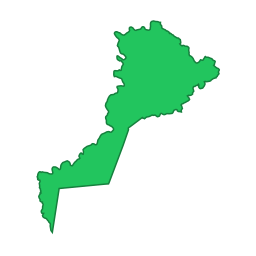 Uruaçu, Goiás, Brazil (Mercator projection), rotated 183°
{"feature_id": "56859067B5799909421600", "entity_name": "Uruaçu", "entity_type": "district", "adm_level": 2, "iso_a3": "BRA", "parent_name": "Brazil", "parent_adm1": "Goiás", "projection": "mercator", "projection_center": [-49.066, -14.326], "detail": "fine", "context": "isolated", "style": "filled", "palette": "green", "viewbox_px": 256, "rotation_deg": 183, "n_neighbors": 0, "source": "geoboundaries", "source_scale": "gbopen_adm2", "svg_char_len": 5891}
<svg xmlns="http://www.w3.org/2000/svg" viewBox="0 0 256 256"><g transform="rotate(183 128 128)"><path d="M198.1,19.8L193.6,64.0L148.4,70.7L144.5,71.2L143.6,73.8L132.0,110.4L127.4,126.3L127.7,127.2L127.6,128.1L126.9,128.8L126.1,129.3L114.3,139.2L113.6,138.5L112.9,138.6L112.1,138.1L111.4,138.6L110.8,139.3L110.0,139.9L107.6,140.5L106.0,141.3L105.3,141.8L104.5,142.2L103.6,141.9L102.5,142.2L101.3,142.2L100.4,141.5L99.3,140.8L98.4,141.0L97.2,141.6L96.4,143.8L95.8,144.3L95.0,144.2L94.3,143.7L93.4,143.4L92.7,143.2L91.6,143.5L90.0,144.4L87.5,144.4L84.7,144.9L83.9,145.8L83.6,146.7L82.9,148.2L81.1,149.0L80.1,148.8L79.6,147.7L78.6,147.1L77.4,147.1L75.5,146.8L75.8,148.5L75.5,149.1L74.7,150.3L75.2,151.6L75.5,152.7L76.2,153.7L75.8,154.4L75.1,155.0L74.3,155.2L73.3,156.0L72.2,156.5L70.2,157.8L69.5,158.1L68.9,158.7L68.3,159.2L68.0,159.9L68.8,161.1L69.0,161.9L69.9,162.3L70.4,163.2L69.2,163.9L68.5,163.8L67.1,163.9L66.1,164.5L65.3,165.2L65.3,166.7L64.3,168.0L64.5,169.2L65.1,170.5L65.1,171.7L64.7,172.8L63.3,173.0L62.6,173.8L61.1,174.3L60.6,174.8L59.9,175.4L59.5,174.4L59.8,173.6L59.5,172.8L59.2,172.1L58.4,171.3L57.6,171.1L55.5,171.8L54.0,174.1L53.4,175.9L53.6,176.8L54.2,178.3L53.4,178.6L52.5,178.3L51.1,178.5L48.9,179.0L47.9,179.5L47.4,180.3L45.4,181.8L43.6,182.5L42.7,182.7L42.6,183.4L41.7,184.1L41.3,185.1L40.0,186.9L40.2,187.6L40.7,188.5L40.5,189.3L40.1,190.0L39.9,190.9L40.4,191.6L41.2,192.2L42.3,192.5L43.7,193.4L45.7,195.0L45.1,195.8L44.8,197.6L44.4,198.8L44.9,199.6L46.0,199.9L46.7,200.3L47.9,201.6L49.4,202.0L51.6,202.8L53.7,202.8L54.5,203.4L55.1,202.8L55.5,201.6L56.2,200.8L56.4,200.0L57.2,199.5L59.1,199.9L60.1,198.2L60.6,197.6L61.4,197.0L62.4,196.5L63.2,196.5L64.3,197.3L65.4,198.4L66.5,200.6L67.5,201.9L68.4,202.6L69.3,203.2L70.3,203.5L70.7,204.2L71.0,205.7L70.9,206.6L71.2,207.6L71.5,209.2L71.3,210.8L71.5,211.5L72.0,212.0L73.2,212.7L75.3,212.7L76.5,213.3L77.4,213.4L78.3,212.8L79.6,213.6L80.2,214.1L80.7,214.8L79.9,215.4L79.8,216.3L80.4,219.0L81.7,219.8L82.2,220.4L84.0,220.6L85.3,221.4L86.1,221.7L86.7,222.1L87.9,223.3L88.9,223.5L89.5,224.1L90.7,224.9L91.5,224.6L92.0,225.8L93.7,226.9L94.5,226.9L96.1,228.1L97.4,228.5L98.9,229.3L99.5,229.9L99.6,231.1L99.8,231.9L101.1,233.3L101.1,235.2L102.0,235.1L103.3,235.6L104.2,235.8L106.2,235.8L107.0,236.0L108.2,236.2L109.8,235.7L110.8,234.7L111.0,233.5L111.0,232.7L110.8,230.7L111.0,229.0L111.0,227.7L111.7,227.1L112.9,226.7L114.0,227.0L115.0,227.1L115.8,227.5L116.4,228.1L116.8,229.2L117.6,229.8L118.4,229.9L119.1,229.7L119.6,229.1L120.6,227.4L124.4,226.4L125.0,225.9L126.1,226.0L127.2,226.8L128.5,228.3L130.1,229.0L131.2,228.8L131.9,227.9L131.8,226.4L131.5,225.5L131.9,224.5L132.9,223.6L134.2,222.8L135.4,221.6L136.8,220.5L138.6,220.8L139.9,221.6L140.6,222.1L141.1,222.6L141.9,222.7L142.6,222.9L144.0,223.5L144.9,223.5L145.8,223.2L146.4,222.4L146.5,221.4L145.9,220.6L145.6,219.9L143.9,217.9L142.9,217.2L141.9,216.4L141.5,215.6L141.3,214.9L142.3,212.3L142.9,209.8L142.5,209.0L141.9,208.7L141.1,207.0L140.7,205.8L140.5,205.1L139.5,202.6L138.5,201.9L137.9,201.7L136.7,201.5L135.9,201.0L134.4,199.5L133.8,198.7L133.8,197.7L134.6,196.7L135.8,195.9L136.5,195.8L137.8,196.9L139.5,197.8L141.5,199.3L142.5,199.5L142.8,198.7L142.7,197.9L142.6,197.1L142.2,196.0L141.6,195.5L139.7,194.5L138.5,194.9L137.6,193.9L137.1,193.2L136.4,192.5L136.0,191.5L136.7,190.3L137.3,189.2L137.7,187.2L137.7,186.4L137.9,185.3L138.8,185.1L139.8,185.6L140.5,184.9L141.2,184.6L141.9,184.5L144.0,184.6L144.7,184.3L145.0,183.7L145.0,182.5L145.0,180.9L144.8,179.7L144.3,178.6L143.2,178.9L142.0,178.7L140.5,178.0L138.0,177.2L137.4,177.1L136.9,176.7L136.5,176.0L136.2,175.0L135.4,173.4L134.5,172.4L134.2,171.8L134.0,170.9L134.0,169.9L134.7,169.5L136.2,169.7L137.1,169.8L139.9,169.3L141.0,168.9L141.1,167.9L140.2,166.5L139.9,165.5L140.0,164.1L140.2,163.2L140.6,162.5L142.6,161.9L143.5,161.1L144.2,160.7L146.7,160.3L147.6,159.5L148.2,158.9L149.1,157.2L149.6,155.9L150.0,154.8L150.1,153.5L150.8,152.5L151.3,151.5L151.7,149.3L151.4,148.1L150.4,146.4L149.6,145.3L148.5,144.1L148.2,142.7L148.7,141.9L149.2,140.9L149.2,140.1L149.7,139.3L150.7,138.3L150.9,137.2L150.7,136.2L150.0,134.7L149.9,132.6L149.7,131.6L149.3,130.9L148.5,130.4L147.4,130.1L146.3,129.6L145.8,129.1L144.6,128.9L142.7,127.1L142.3,126.2L142.5,125.2L144.4,123.0L145.8,122.9L146.4,123.3L147.4,123.4L149.0,123.0L151.3,121.6L153.7,120.5L154.3,120.0L155.4,118.2L155.7,117.3L156.2,116.3L157.4,114.4L157.9,111.2L158.2,110.4L158.9,109.7L159.9,109.6L161.0,110.3L162.2,110.5L163.0,110.3L163.8,109.3L164.5,108.8L167.9,107.5L170.6,105.4L171.7,104.1L171.6,103.4L171.2,102.1L171.4,99.5L172.3,99.6L173.5,100.6L174.1,100.3L174.7,99.5L175.3,98.2L175.5,97.3L174.5,95.3L174.9,94.7L176.1,94.3L176.8,93.8L177.4,93.2L177.8,92.5L179.1,91.3L179.8,90.4L180.8,88.8L181.3,87.8L181.9,87.3L182.9,87.5L183.6,88.0L183.7,88.8L184.6,90.7L185.6,91.4L186.9,92.0L188.0,91.6L189.1,91.0L191.2,90.1L191.8,89.4L192.7,88.1L193.1,86.8L193.3,84.2L193.7,83.1L194.5,82.9L195.4,83.6L196.1,84.2L198.1,85.2L199.0,85.3L199.7,85.2L200.4,85.2L201.1,84.7L201.6,83.7L201.6,82.4L200.7,79.4L201.0,78.4L202.3,78.0L203.8,78.1L204.9,78.4L205.6,78.9L206.6,79.2L207.8,79.2L208.5,79.3L209.4,79.3L211.5,79.7L212.4,79.1L213.1,79.6L213.8,79.7L214.7,79.1L215.1,78.4L215.5,77.4L215.7,76.3L215.7,75.4L216.1,74.8L215.8,73.6L215.2,73.1L215.6,72.4L215.4,71.8L214.6,71.3L213.4,71.3L213.0,70.3L213.7,68.0L213.3,66.4L213.1,64.4L213.3,63.7L212.3,62.7L212.3,61.6L211.9,61.0L211.7,60.1L212.1,59.3L211.5,58.6L212.4,58.3L212.4,57.2L213.1,56.2L213.5,54.9L213.1,53.6L212.0,51.9L212.1,51.1L211.9,50.4L211.3,50.0L210.5,49.6L209.6,49.4L209.7,48.6L209.1,47.9L208.7,47.1L209.2,44.8L209.1,43.8L209.2,42.5L209.7,41.8L210.3,40.5L210.0,39.1L209.4,38.3L207.8,38.3L208.8,36.2L208.3,34.9L207.7,34.4L206.7,33.8L205.2,33.4L204.5,32.9L203.4,31.6L202.7,31.0L202.2,30.0L200.7,28.6L200.5,27.5L200.6,26.1L199.9,23.0L199.8,22.2L199.5,21.5L198.1,19.8Z" fill="#22c55e" stroke="#15803d" stroke-width="1.5"/></g></svg>